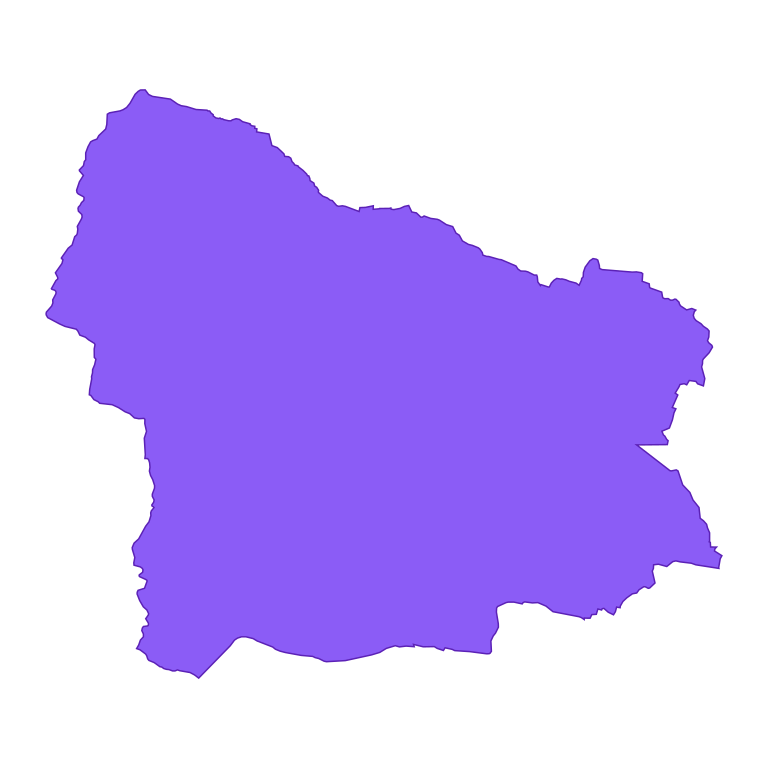 the district of Huai Krachao, Kanchanaburi, Thailand
{"feature_id": "78962969B62176303506546", "entity_name": "Huai Krachao", "entity_type": "district", "adm_level": 2, "iso_a3": "THA", "parent_name": "Thailand", "parent_adm1": "Kanchanaburi", "projection": "orthographic", "projection_center": [99.704, 14.351], "detail": "fine", "context": "isolated", "style": "filled", "palette": "violet", "viewbox_px": 768, "rotation_deg": 0, "n_neighbors": 0, "source": "geoboundaries", "source_scale": "gbopen_adm2", "svg_char_len": 6046}
<svg xmlns="http://www.w3.org/2000/svg" viewBox="0 0 768 768"><path d="M136.6,648.6L140.0,649.8L145.6,654.0L146.7,655.7L147.7,658.9L148.9,660.4L154.2,662.6L159.9,666.7L161.7,667.0L163.7,668.5L166.3,669.3L169.0,669.6L172.5,670.9L175.1,670.9L177.5,669.9L179.7,670.7L190.0,672.5L194.5,674.9L198.7,678.1L230.2,645.8L234.5,640.1L237.5,638.1L241.5,636.8L246.0,636.8L253.2,638.6L257.2,641.0L272.7,647.0L275.4,649.2L280.0,651.1L285.3,652.5L301.2,655.4L312.7,656.4L315.1,657.6L318.7,658.5L324.1,661.2L326.5,661.7L345.3,660.6L371.5,654.9L379.8,652.4L386.3,648.4L395.3,645.7L399.4,646.9L406.1,646.1L414.2,646.7L413.5,644.4L423.2,646.8L434.3,646.6L437.2,648.4L443.4,650.5L445.1,647.8L452.3,649.4L454.7,650.6L469.6,651.6L486.6,653.8L489.1,653.7L490.1,653.2L491.4,651.3L490.9,641.0L493.2,636.0L495.5,633.1L498.4,627.2L498.3,623.7L496.4,612.1L496.6,608.0L497.6,606.5L506.1,602.6L508.3,602.1L513.9,602.1L522.2,603.9L523.1,602.6L524.7,601.9L532.3,602.9L537.9,602.6L546.0,606.1L553.0,611.7L579.0,616.7L581.2,617.5L584.2,619.5L584.2,618.1L590.1,618.2L591.8,614.6L596.3,614.3L597.9,609.0L601.6,610.0L602.2,608.7L603.9,608.4L608.2,612.2L613.5,614.8L615.4,611.7L616.6,607.1L620.1,607.7L620.3,606.1L622.9,601.5L626.8,597.8L632.4,593.8L636.7,593.0L639.0,589.8L643.8,586.7L645.3,586.8L648.2,588.3L649.7,588.0L655.0,583.0L652.3,571.1L653.4,568.5L653.6,564.8L658.4,564.2L666.8,566.5L672.8,561.6L675.9,560.9L680.3,561.9L691.3,563.2L695.8,564.8L718.9,568.4L718.7,567.5L720.2,558.8L721.9,555.7L714.5,551.0L714.9,548.8L716.5,547.1L710.6,547.0L710.3,542.3L709.2,541.8L709.6,540.8L709.6,532.8L707.5,527.9L706.6,524.3L703.5,520.8L700.2,518.3L699.0,507.5L693.0,500.0L689.9,492.5L682.7,484.9L678.0,470.9L676.3,469.9L671.4,470.9L670.0,470.7L636.6,444.9L667.3,444.6L668.1,440.7L666.7,439.4L664.9,436.2L663.4,434.9L661.9,431.2L669.4,428.0L672.4,419.9L674.0,412.8L675.9,408.8L672.3,407.5L677.8,395.0L675.2,393.1L678.9,387.0L680.0,384.5L684.2,383.7L686.7,384.8L689.3,380.5L695.9,381.4L697.6,383.8L703.4,385.9L704.8,378.6L701.6,366.9L702.5,363.8L702.6,360.4L703.4,358.9L709.1,352.8L712.5,347.1L711.9,345.4L708.7,342.7L707.5,340.7L708.8,337.0L709.1,331.0L707.4,329.0L703.4,326.3L701.1,323.8L696.1,320.6L694.2,318.3L693.3,315.3L694.3,311.7L695.8,310.1L691.8,308.5L686.6,309.9L680.6,305.9L679.4,303.9L679.0,302.2L676.0,299.3L674.8,299.1L672.6,300.1L670.6,300.2L668.2,298.6L664.8,298.7L663.2,298.1L662.6,297.1L661.7,292.1L650.2,288.0L649.6,287.3L649.2,283.8L642.2,281.3L642.7,273.7L641.4,272.7L636.4,271.9L632.4,272.1L602.1,269.6L599.6,268.5L599.3,265.3L597.8,260.1L596.3,259.2L593.0,258.6L589.8,260.8L585.2,267.1L583.4,272.4L583.2,276.8L581.7,278.4L581.4,280.3L579.1,285.3L576.1,283.1L569.3,281.3L565.8,279.8L561.9,278.9L560.8,279.1L556.8,278.4L553.9,280.3L551.3,283.1L549.4,286.9L548.3,287.0L540.9,284.6L540.4,285.5L537.8,281.9L537.3,276.8L536.7,275.1L534.3,275.1L528.0,271.9L525.5,271.2L520.7,271.0L517.9,269.0L516.0,266.0L501.3,259.7L499.0,259.4L488.8,256.5L486.6,256.4L482.9,255.1L482.3,252.6L479.9,249.1L478.3,247.8L472.4,245.4L468.4,244.4L462.4,240.9L459.3,235.2L456.0,233.1L452.7,226.6L446.3,224.6L439.4,220.1L437.3,219.3L430.7,218.4L424.1,216.0L422.4,217.1L420.9,217.2L416.4,212.9L411.8,212.0L408.7,205.5L404.4,206.4L400.1,208.4L393.8,209.6L391.1,209.2L390.9,208.0L389.3,208.4L379.5,208.5L379.2,208.8L373.2,209.3L373.3,205.8L365.4,207.4L359.9,207.6L359.1,211.5L345.5,206.4L342.4,205.8L338.6,206.3L336.7,205.6L332.3,200.6L330.1,200.1L327.4,198.0L322.8,196.2L318.8,192.7L318.3,192.0L318.6,190.3L316.7,187.3L314.6,186.0L313.9,183.1L310.1,180.6L309.8,178.4L308.8,175.9L307.5,175.7L306.7,174.1L303.0,170.4L298.5,166.9L298.0,165.9L294.6,164.9L293.9,163.5L292.0,161.6L290.8,158.2L288.6,156.7L284.7,156.4L283.9,153.8L277.3,147.6L271.9,145.6L269.0,134.0L256.6,131.9L256.9,128.8L254.7,128.3L254.8,126.3L251.9,125.8L250.0,124.5L250.1,123.8L242.6,121.7L239.4,119.4L236.1,118.7L232.2,119.9L231.0,120.8L228.8,120.8L223.6,119.6L222.7,118.9L221.1,118.9L220.0,118.0L218.7,118.5L215.8,117.9L213.2,115.9L213.2,114.7L211.0,113.0L209.7,111.0L207.9,110.9L207.1,110.2L196.0,109.5L186.6,106.6L181.2,105.7L177.6,104.1L170.4,99.1L152.5,96.4L148.6,94.5L145.2,89.9L140.4,90.0L138.1,91.4L135.1,94.3L130.0,103.3L126.6,107.5L123.1,109.7L120.0,110.9L109.6,112.8L107.3,114.2L106.8,124.4L105.7,129.0L98.8,135.6L96.9,139.1L92.8,140.6L90.6,141.9L88.0,146.7L85.7,152.9L85.7,159.8L84.3,161.5L83.5,165.6L79.3,170.0L79.5,170.9L83.4,175.4L79.4,181.8L76.6,190.2L77.0,192.5L78.2,193.9L83.4,196.7L84.1,197.5L83.8,200.4L81.5,202.6L80.1,205.3L78.4,207.1L78.0,208.5L78.4,211.2L81.8,214.5L82.1,217.0L81.4,219.0L77.3,226.4L77.8,229.2L77.3,233.4L76.7,234.9L74.7,236.7L72.1,245.0L68.2,248.2L61.4,257.9L61.5,258.7L62.5,259.1L62.9,259.8L62.0,263.4L55.4,272.8L57.7,277.4L57.8,278.9L55.9,280.6L51.4,288.7L51.9,289.3L54.6,290.2L55.6,291.0L56.1,292.5L55.8,294.0L52.7,299.9L52.9,302.9L51.7,306.0L46.4,312.1L46.1,313.6L46.2,314.9L47.7,317.6L59.5,323.9L65.0,326.4L76.3,329.2L77.9,331.1L79.8,335.1L85.4,337.2L88.7,339.9L94.4,343.4L95.0,344.7L94.2,348.9L94.3,357.4L95.9,359.2L94.6,364.8L92.6,369.6L92.5,373.0L91.5,376.7L91.7,378.8L89.7,389.4L89.3,394.8L90.8,395.4L93.9,399.6L98.1,401.7L99.7,403.3L112.2,404.7L118.5,407.6L125.1,411.8L129.7,413.6L134.4,417.9L138.8,418.7L143.9,418.4L144.9,419.3L144.8,423.6L146.5,431.4L144.3,438.2L145.3,454.7L144.9,458.5L147.6,458.6L148.7,459.9L149.6,462.8L150.0,467.2L149.4,471.1L150.6,475.6L152.7,479.6L154.6,485.6L154.5,488.2L152.3,494.2L152.3,496.3L154.1,499.9L153.7,502.1L151.8,505.0L152.0,506.0L153.4,506.8L154.0,507.6L151.3,510.9L150.7,512.9L150.9,515.6L149.0,521.8L145.6,526.3L138.7,538.9L134.1,543.1L132.2,547.6L132.4,549.5L134.8,557.5L133.8,562.8L134.0,565.2L140.3,566.9L142.3,568.4L143.0,569.8L142.6,572.3L139.3,574.8L139.1,575.9L139.7,576.7L145.6,579.4L146.9,580.3L147.1,581.1L144.5,588.3L138.1,590.3L137.2,592.2L137.1,594.0L139.7,600.6L143.3,606.8L146.9,610.0L148.6,613.6L148.3,615.0L145.7,618.7L148.4,623.1L148.4,624.7L148.1,625.6L147.2,626.0L143.4,626.5L142.3,628.1L141.8,630.6L143.4,633.9L143.4,636.8L140.4,640.1L138.7,645.0L136.6,648.6Z" fill="#8b5cf6" stroke="#5b21b6" stroke-width="1.5"/></svg>